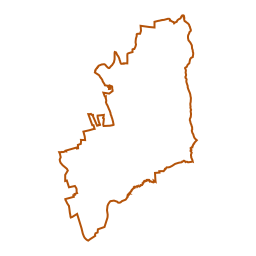 Pancesti, Bacau, Romania (orthographic projection)
{"feature_id": "2599482B36225776128358", "entity_name": "Pancesti", "entity_type": "district", "adm_level": 2, "iso_a3": "ROU", "parent_name": "Romania", "parent_adm1": "Bacau", "projection": "orthographic", "projection_center": [27.113, 46.364], "detail": "fine", "context": "isolated", "style": "outline", "palette": "amber", "viewbox_px": 256, "rotation_deg": 0, "n_neighbors": 0, "source": "geoboundaries", "source_scale": "gbopen_adm2", "svg_char_len": 5774}
<svg xmlns="http://www.w3.org/2000/svg" viewBox="0 0 256 256"><path d="M88.2,240.6L90.2,239.1L95.2,235.9L95.0,234.8L95.5,233.3L97.6,232.5L97.9,229.3L104.5,227.0L107.4,217.9L107.6,216.6L107.6,216.0L107.7,214.8L107.0,210.2L107.5,205.9L108.3,204.0L109.5,202.2L110.4,201.2L114.0,200.6L117.2,201.7L118.2,202.7L119.7,202.7L120.6,202.3L122.0,201.1L125.6,199.7L126.4,198.7L126.8,198.0L127.7,196.9L127.4,196.3L127.9,195.8L127.6,195.4L127.7,195.0L127.9,195.1L128.4,194.6L128.7,194.9L129.0,194.7L129.1,194.3L129.0,194.0L129.2,193.6L129.4,193.6L129.1,193.4L129.6,192.8L130.1,192.7L130.2,192.2L130.9,191.7L131.0,191.4L131.3,191.3L131.4,190.5L131.7,190.0L132.1,189.9L132.6,189.0L133.6,188.4L134.1,187.8L134.5,187.8L134.5,187.4L134.0,187.0L134.3,186.7L135.1,186.9L136.1,186.7L136.6,186.3L137.1,186.5L137.7,186.1L137.7,186.3L137.9,186.1L138.2,186.3L138.9,186.2L139.5,186.5L140.4,185.8L140.6,185.1L141.4,185.2L142.1,185.0L142.4,184.4L142.4,184.2L142.5,184.4L142.7,184.2L142.8,183.5L142.6,183.5L142.6,183.2L143.2,183.0L143.2,182.7L143.7,182.4L143.7,181.8L144.2,181.5L144.1,181.2L144.4,180.9L145.2,181.3L145.7,180.8L146.3,181.0L146.6,180.8L146.7,180.4L147.1,180.4L146.8,180.1L146.8,179.9L148.2,179.8L148.7,180.4L149.3,180.1L149.9,181.5L150.4,181.2L150.9,181.5L151.3,181.5L152.0,182.0L153.6,182.4L153.9,182.2L154.0,181.5L153.8,180.7L155.6,181.8L155.4,180.2L155.0,172.9L159.5,172.6L159.3,171.2L162.1,171.1L163.6,171.2L164.3,170.3L165.1,169.5L164.8,169.3L165.0,168.8L165.6,168.8L166.6,167.4L168.1,167.4L169.7,167.1L172.1,165.9L175.1,163.9L178.9,162.7L181.5,162.3L182.2,161.9L182.2,161.6L182.7,161.5L183.1,161.2L183.9,160.7L184.4,160.9L185.3,161.8L185.4,161.6L185.7,161.8L187.0,161.8L187.5,161.9L187.7,162.2L188.4,162.3L191.6,161.8L192.5,161.4L192.7,161.5L192.4,160.1L191.2,157.4L191.3,156.9L191.0,155.9L191.0,154.7L191.7,152.6L191.0,151.6L191.0,151.1L190.6,151.0L190.6,150.3L191.4,149.9L190.9,148.9L190.6,148.1L191.4,147.5L192.3,147.4L192.3,146.5L192.6,146.4L193.2,144.8L193.2,144.5L194.1,143.7L194.0,143.4L195.0,142.1L196.8,140.2L195.2,138.8L194.3,137.6L193.6,135.7L193.3,134.4L192.4,132.9L191.8,130.8L191.9,130.0L192.2,129.6L192.1,127.1L191.7,126.2L191.4,125.0L190.6,123.1L190.2,121.2L189.8,120.1L189.9,118.9L190.8,116.9L190.8,116.1L191.0,114.7L191.0,113.7L190.6,111.1L191.1,109.9L190.9,109.5L190.4,107.7L190.6,106.7L190.4,105.4L190.3,103.8L190.4,103.2L190.7,101.9L190.9,98.0L190.5,96.2L190.3,94.6L189.9,93.1L188.4,89.5L187.7,87.4L187.7,86.0L186.5,82.4L186.3,81.0L186.6,79.6L186.2,78.4L185.6,78.0L185.4,77.3L185.4,76.8L186.0,75.7L186.1,74.8L185.6,72.6L185.9,70.5L185.6,69.3L185.1,68.4L185.1,67.9L185.5,67.5L186.7,66.9L187.7,64.7L189.3,63.3L189.9,60.2L190.2,59.1L190.7,58.4L191.2,57.8L192.8,57.0L192.8,56.7L193.2,54.1L193.2,52.9L192.8,51.6L192.7,50.1L192.1,48.5L191.8,45.3L190.3,42.5L188.5,40.3L188.0,38.0L188.0,36.3L188.2,35.1L188.5,34.7L189.2,33.2L189.4,32.2L190.6,31.1L190.9,30.1L190.2,28.0L189.8,26.5L189.5,26.2L189.0,24.6L187.9,23.4L185.8,21.9L185.7,21.6L184.7,21.2L184.2,19.7L184.1,19.0L184.3,18.5L184.3,17.9L183.7,17.6L183.7,17.1L184.0,16.6L184.1,16.2L183.9,15.9L183.4,16.0L183.3,15.4L182.3,15.4L181.3,16.6L180.9,17.7L180.3,18.5L178.8,19.2L177.5,20.2L176.6,21.9L176.2,21.9L175.8,22.2L175.0,22.5L174.1,23.3L173.5,22.0L172.8,21.9L171.1,20.9L169.9,20.6L170.1,19.5L169.2,18.8L167.8,18.8L163.9,19.9L162.0,20.0L161.8,20.2L160.8,20.3L159.9,20.6L158.1,20.9L154.5,21.8L154.5,27.5L149.2,27.0L140.6,25.8L141.0,30.8L140.2,33.4L140.0,33.8L139.0,33.7L137.1,33.9L136.7,34.3L136.7,36.1L135.9,38.6L135.6,41.7L135.6,42.7L136.0,44.6L135.4,46.7L134.3,49.0L133.0,49.1L132.5,49.4L132.5,52.1L130.5,52.6L128.3,53.3L127.5,53.8L127.3,55.2L127.4,60.1L127.3,63.4L125.4,63.3L124.8,63.4L124.7,63.3L123.7,63.3L123.7,63.7L121.2,63.8L120.4,62.6L120.1,61.1L119.6,60.0L119.3,58.6L118.3,56.4L117.1,54.8L116.0,52.4L114.8,52.0L114.6,52.8L114.6,59.2L113.9,62.3L112.1,65.1L110.9,66.2L109.4,68.0L108.9,68.1L108.1,67.8L106.5,66.3L105.4,64.9L104.7,64.4L104.1,64.2L101.6,64.5L98.5,65.8L98.2,66.6L97.7,66.9L97.7,67.3L97.2,67.6L97.1,68.1L96.8,68.1L95.5,69.8L95.4,70.1L95.5,70.3L95.3,70.5L95.4,70.8L95.1,71.2L95.2,71.5L94.9,72.5L99.2,75.3L99.5,75.7L99.8,76.6L100.3,77.1L100.5,77.5L100.9,77.8L101.0,78.2L101.5,78.7L102.4,80.2L102.7,81.4L104.5,84.2L104.9,85.3L108.9,86.0L108.2,86.1L108.2,86.4L108.5,86.4L108.4,87.1L109.2,87.2L109.0,89.0L110.0,88.9L110.1,87.7L110.4,86.3L110.2,85.7L112.0,86.4L112.2,87.0L112.2,88.7L112.6,90.2L112.5,90.6L112.6,91.0L109.2,93.6L103.4,92.7L104.7,96.2L105.3,96.4L105.4,97.0L105.8,96.7L105.8,97.9L106.3,101.0L105.9,102.1L106.7,104.3L107.4,105.3L109.1,109.5L109.7,110.6L110.0,111.7L110.4,112.6L110.7,114.5L111.4,116.1L111.6,117.0L112.2,118.6L113.0,121.6L113.6,124.8L113.0,125.1L109.9,125.7L103.6,126.0L103.2,124.6L103.9,118.9L103.8,118.6L103.0,118.0L103.0,117.8L103.5,117.2L103.8,114.9L103.3,115.0L97.6,115.6L97.6,117.2L98.9,122.0L100.1,124.9L99.8,125.1L98.6,125.0L98.1,125.5L97.1,125.7L92.8,115.8L93.1,115.5L93.0,114.9L92.8,114.9L92.5,115.4L92.2,115.3L91.7,115.7L92.0,115.3L91.8,114.7L91.7,114.6L91.4,114.7L90.9,113.9L90.1,114.1L88.3,114.1L92.3,125.2L93.5,125.2L94.6,128.9L93.7,129.0L89.1,130.3L83.4,131.6L84.7,136.4L85.1,140.1L81.0,139.9L81.1,140.4L80.8,143.9L77.9,144.9L78.1,148.3L76.9,148.5L76.7,147.5L65.9,150.6L66.1,151.4L64.9,151.2L64.3,151.7L62.9,152.1L61.9,151.9L61.2,152.2L59.2,152.2L59.9,153.8L60.7,157.2L59.7,159.6L60.0,161.3L60.6,162.8L62.6,165.2L66.9,168.8L67.8,170.6L65.2,174.9L65.2,181.0L66.8,180.5L69.0,187.3L74.9,186.0L76.4,188.4L76.6,189.4L76.6,191.2L76.7,192.2L77.1,193.1L74.6,194.0L74.9,194.8L73.3,195.3L73.8,196.8L65.3,199.1L65.5,200.0L66.3,201.4L66.9,202.8L68.0,204.6L68.9,205.8L69.3,208.3L69.9,213.1L70.3,215.0L70.5,216.7L70.8,217.5L72.2,217.0L77.1,213.9L81.5,228.2L82.8,233.6L83.9,236.4L84.6,237.7L86.0,239.2L87.2,240.1L88.2,240.6Z" fill="none" stroke="#b45309" stroke-width="2"/></svg>